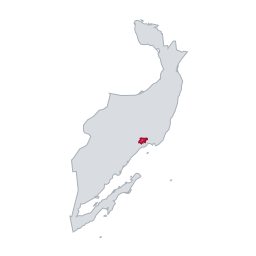 Del Nayar, Nayarit, Mexico (highlighted), rotated 264°
{"feature_id": "50627088B12787486609303", "entity_name": "Del Nayar", "entity_type": "district", "adm_level": 2, "iso_a3": "MEX", "parent_name": "Mexico", "parent_adm1": "Nayarit", "projection": "mercator", "projection_center": [-104.607, 22.056], "detail": "fine", "context": "in_parent", "style": "filled", "palette": "rose", "viewbox_px": 256, "rotation_deg": 264, "n_neighbors": 0, "source": "geoboundaries", "source_scale": "gbopen_adm2", "svg_char_len": 5136}
<svg xmlns="http://www.w3.org/2000/svg" viewBox="0 0 256 256"><g transform="rotate(264 128 128)"><path d="M30.3,62.5L46.5,61.0L45.7,62.7L71.2,72.0L90.2,72.0L90.2,68.5L102.0,68.5L104.1,71.0L112.3,77.8L114.3,83.5L115.8,85.7L123.5,90.1L125.9,88.4L127.8,84.3L130.1,83.4L135.7,84.1L140.3,88.7L143.3,95.2L148.7,101.2L149.0,104.9L151.3,109.5L163.0,113.8L164.5,113.1L161.0,124.8L159.8,138.5L160.4,141.5L163.4,145.4L162.7,147.5L162.9,145.4L160.4,142.0L161.2,145.1L164.2,151.5L169.1,157.5L170.3,161.3L173.7,165.1L172.7,165.0L174.7,165.9L174.1,165.4L177.7,165.9L180.3,167.2L182.5,169.6L188.6,167.8L193.1,167.5L196.1,166.0L199.2,165.7L199.9,166.3L199.6,167.1L202.2,167.6L203.9,166.4L203.5,164.4L202.6,164.9L202.8,164.5L207.5,161.2L207.8,158.5L209.2,157.0L209.2,152.6L210.1,149.4L213.7,147.5L220.0,146.5L222.8,145.3L225.9,145.1L230.9,146.2L231.4,145.5L230.0,145.5L231.8,145.0L233.8,146.4L234.2,148.4L233.1,151.0L229.8,154.9L229.7,157.6L228.0,159.2L228.3,159.8L229.8,159.6L228.2,161.2L228.2,161.9L229.3,161.7L227.2,168.3L226.7,168.9L225.7,167.4L225.4,164.9L223.9,167.5L222.4,167.7L220.5,171.1L218.3,171.0L218.1,172.1L205.8,172.1L205.8,176.1L203.0,176.1L209.7,182.1L209.5,184.3L200.8,184.4L197.7,189.9L198.6,191.3L197.5,195.0L191.2,188.7L186.2,184.5L183.1,182.9L182.8,183.3L185.6,184.7L181.2,183.4L181.5,182.4L180.3,182.8L179.6,181.9L178.8,182.9L180.3,183.4L178.0,183.6L175.8,185.0L168.8,187.3L164.2,185.5L160.4,185.1L157.8,183.4L155.3,182.7L153.6,181.1L147.4,179.8L139.6,176.4L134.6,173.3L132.5,171.1L127.2,170.4L122.2,168.5L119.1,164.9L112.2,161.5L108.5,156.8L107.3,153.8L110.0,152.5L109.6,151.2L108.3,150.8L110.2,148.6L110.4,145.9L108.9,145.0L107.4,142.3L107.4,139.8L106.4,137.7L102.3,133.5L98.8,128.5L93.2,124.2L94.8,125.0L94.9,124.0L91.9,123.1L89.7,119.6L91.3,119.8L86.9,117.4L86.3,116.3L84.7,116.7L84.4,116.2L85.7,114.8L83.6,115.8L82.3,114.8L82.0,112.6L83.6,110.5L84.1,110.9L83.0,108.8L81.7,107.5L79.8,107.5L78.6,104.7L76.3,104.1L75.0,102.9L74.1,100.4L74.6,98.8L70.7,98.0L63.7,89.9L63.3,88.0L62.2,87.4L57.7,77.3L57.2,74.2L57.7,73.2L53.9,71.9L52.9,70.2L51.7,69.6L50.3,70.6L45.1,67.5L46.0,69.5L45.4,73.4L46.6,76.4L47.6,82.2L53.0,87.3L54.7,90.7L55.5,90.5L55.9,91.5L56.7,91.6L57.4,93.8L58.9,94.5L59.8,99.1L62.5,101.3L63.5,103.9L64.7,104.7L65.7,107.7L66.8,108.5L66.1,106.2L67.6,107.5L69.5,114.4L71.2,116.3L73.6,121.2L73.3,123.3L73.8,125.1L75.7,126.9L76.4,125.1L82.1,131.4L81.6,133.8L79.4,135.5L78.1,135.7L75.8,130.5L66.9,123.5L66.1,123.6L64.3,121.4L63.9,119.9L64.4,116.6L63.6,113.5L62.2,111.2L57.9,108.4L57.0,105.7L56.2,106.9L54.0,107.4L52.4,105.6L48.3,103.7L47.7,102.0L44.7,99.7L44.4,98.9L47.5,99.4L49.3,98.7L49.3,99.4L50.9,100.2L50.3,98.3L49.5,98.2L51.0,94.5L45.0,87.4L40.1,84.3L39.2,82.7L39.1,80.0L37.9,79.2L37.5,76.1L35.9,74.8L35.7,73.0L33.4,70.1L33.0,68.8L33.7,67.9L32.2,66.7L30.3,62.5ZM63.4,90.1L62.9,91.9L61.3,91.3L61.9,88.5L62.8,88.2L63.4,90.1ZM57.0,89.7L54.7,87.7L54.1,85.7L55.2,86.4L55.5,87.5L56.7,87.8L57.0,89.7ZM233.0,154.4L232.5,153.9L232.8,153.1L234.2,152.5L233.0,154.4ZM64.4,123.6L62.8,121.8L63.7,118.1L63.4,121.4L64.4,123.6ZM43.5,97.2L42.2,96.9L43.0,94.9L43.6,96.4L43.5,97.2ZM22.8,90.5L21.8,89.2L22.0,88.7L22.4,88.7L22.8,90.5ZM65.7,123.7L66.7,125.1L64.7,123.7L65.7,123.7ZM101.7,145.0L101.5,145.6L101.0,145.4L100.8,144.4L101.7,145.0ZM74.2,119.9L74.6,121.1L73.5,119.6L74.2,119.9ZM70.2,112.5L70.8,113.0L70.0,114.0L70.2,112.5ZM72.0,165.6L71.6,165.7L71.0,165.3L71.5,164.7L72.0,165.6ZM201.4,165.8L200.3,166.0L202.2,165.4L201.4,165.8ZM79.6,126.3L79.0,126.2L78.9,125.1L79.6,126.3Z" fill="#d9dde1" stroke="#a8b0b8" stroke-width="1"/><path d="M111.8,138.6L111.7,138.7L111.8,138.8L111.7,138.9L111.6,139.0L111.4,139.1L111.5,139.1L111.5,139.3L111.6,139.5L111.4,139.8L111.5,139.9L111.4,139.9L111.5,140.0L111.7,140.3L111.7,140.5L111.8,140.7L111.9,140.8L111.8,141.0L112.0,141.0L112.7,141.2L112.9,141.4L113.0,141.7L112.9,141.8L112.9,142.0L113.1,142.1L112.9,142.3L112.9,142.5L112.7,142.6L112.4,142.9L112.5,142.9L112.5,143.0L112.4,143.0L112.6,143.0L112.7,143.3L112.6,143.2L112.5,143.3L112.4,143.3L112.2,143.6L112.2,143.8L112.3,143.8L112.3,143.7L112.4,143.8L112.5,143.8L112.8,143.8L112.8,143.7L113.0,143.5L113.0,143.4L113.3,143.3L113.5,143.3L113.7,143.5L113.8,143.6L113.9,143.8L113.9,144.0L114.0,144.0L114.1,144.3L114.3,144.6L114.4,144.9L114.4,145.0L114.5,145.1L114.7,145.3L114.6,145.5L114.8,145.7L114.9,145.8L114.8,146.0L115.0,146.1L115.3,146.0L115.6,145.7L115.4,145.6L115.5,145.5L115.3,145.3L115.3,145.2L115.5,145.1L115.5,144.9L115.6,144.7L115.4,144.7L115.5,144.6L115.5,144.4L115.6,144.2L115.7,143.3L115.6,143.2L115.5,142.7L115.8,142.7L116.0,142.6L116.0,142.4L116.0,142.2L116.0,141.9L116.0,141.7L116.0,141.4L116.0,141.2L116.1,140.9L116.2,140.7L116.3,140.5L116.3,140.4L116.4,140.2L116.5,140.2L116.5,139.9L116.5,139.7L116.3,139.5L116.1,139.4L116.1,139.2L115.4,139.4L115.1,139.5L114.9,139.6L114.8,139.4L114.7,139.4L114.5,139.2L114.4,139.0L114.4,138.9L114.2,138.9L114.1,138.4L114.0,138.2L113.9,138.2L113.7,138.2L113.4,138.1L113.3,137.9L113.2,137.9L113.3,137.9L113.2,137.8L113.3,137.8L113.3,137.7L113.2,137.6L113.3,137.6L113.2,137.5L112.9,137.6L112.7,137.5L112.7,137.8L112.0,138.6L111.8,138.6Z" fill="#f43f5e" stroke="#9f1239" stroke-width="1.5"/></g></svg>